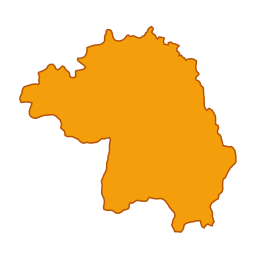 the district of Carrancas, Minas Gerais, Brazil, rotated 272°
{"feature_id": "56859067B6726149469872", "entity_name": "Carrancas", "entity_type": "district", "adm_level": 2, "iso_a3": "BRA", "parent_name": "Brazil", "parent_adm1": "Minas Gerais", "projection": "robinson", "projection_center": [-44.612, -21.476], "detail": "fine", "context": "isolated", "style": "filled", "palette": "amber", "viewbox_px": 256, "rotation_deg": 272, "n_neighbors": 0, "source": "geoboundaries", "source_scale": "gbopen_adm2", "svg_char_len": 4341}
<svg xmlns="http://www.w3.org/2000/svg" viewBox="0 0 256 256"><g transform="rotate(272 128 128)"><path d="M206.8,84.2L204.4,84.3L202.7,84.3L201.0,83.8L199.3,83.1L197.4,81.7L196.2,78.7L195.9,75.5L194.2,75.1L192.3,77.2L190.7,79.5L189.1,81.8L187.5,83.4L185.5,82.1L184.5,79.3L183.9,76.6L183.3,73.8L180.3,73.6L177.8,74.1L176.3,71.8L176.7,69.1L178.2,68.0L179.9,67.6L181.6,67.2L183.2,64.9L184.9,63.2L186.7,62.3L187.6,60.5L186.3,58.8L185.0,57.8L183.6,55.7L184.9,53.6L187.1,52.7L189.0,50.7L188.8,47.9L187.5,46.1L185.4,45.1L183.9,43.8L182.6,41.8L181.5,39.2L180.4,36.7L178.5,36.6L176.8,37.7L174.6,37.5L172.1,37.2L169.7,38.0L168.5,36.8L168.6,34.9L168.6,32.8L168.3,30.7L167.4,28.1L166.4,25.4L165.5,22.8L163.5,21.5L161.6,21.0L159.6,20.9L157.9,20.2L155.9,19.4L153.6,18.9L151.7,19.3L149.8,20.3L150.1,22.3L150.5,24.2L150.4,28.1L149.7,31.1L147.9,30.8L146.2,30.2L144.3,29.5L141.4,28.8L138.9,28.9L137.3,29.5L135.6,31.1L134.6,33.5L134.7,36.3L135.6,38.4L136.8,41.1L137.8,44.2L138.1,46.8L138.3,49.1L138.6,51.0L138.6,53.1L137.2,55.9L135.5,57.7L133.8,59.8L131.3,60.8L129.1,61.7L127.2,60.8L125.5,61.0L124.1,62.7L122.6,64.6L120.5,65.1L118.3,65.5L117.3,67.9L117.5,70.6L117.3,73.6L115.9,76.0L115.0,78.7L113.2,80.3L111.5,82.7L111.5,85.5L112.3,87.1L111.9,88.9L111.6,91.5L112.1,94.0L112.6,97.0L113.7,98.9L115.1,100.6L116.6,102.3L116.2,104.7L117.3,107.0L117.5,110.1L115.4,110.9L113.0,110.4L110.1,110.1L107.6,110.2L105.2,110.3L102.5,110.0L100.7,109.6L98.9,109.0L96.7,109.3L94.7,108.7L92.8,108.1L89.6,108.0L86.2,108.0L83.7,107.2L81.6,106.1L79.0,105.1L77.2,104.6L75.5,103.7L73.2,103.3L71.2,104.1L68.3,104.1L66.3,104.0L64.3,103.9L61.8,104.0L59.4,105.0L57.4,106.1L55.1,106.8L52.8,107.0L50.6,106.7L48.1,106.3L46.0,106.7L45.1,109.2L45.0,111.6L45.2,113.9L44.6,116.3L43.5,117.6L42.5,119.3L42.6,122.2L44.2,124.8L45.9,126.6L46.2,128.6L47.4,131.2L49.7,131.9L51.3,131.9L53.2,132.7L53.1,135.0L54.0,136.5L55.3,138.2L56.1,140.2L55.7,142.2L55.4,144.4L55.4,147.3L55.9,149.5L57.6,150.4L59.5,151.9L58.8,154.3L58.4,156.3L58.2,158.6L58.4,160.8L58.7,163.4L58.0,165.5L56.7,167.6L54.5,169.3L52.5,171.0L50.4,172.1L48.8,173.6L46.7,175.4L45.2,177.1L43.4,177.8L41.1,178.0L39.2,176.9L36.9,176.1L34.7,175.8L32.7,175.1L30.5,176.0L28.6,177.4L26.1,178.3L26.1,180.2L26.1,182.1L25.8,184.4L27.9,186.1L30.0,187.1L32.5,187.3L34.4,188.9L35.5,191.4L36.3,194.3L36.9,197.7L37.7,200.5L37.9,203.4L35.9,204.0L33.8,204.7L32.1,205.3L30.8,207.5L33.3,209.0L34.9,211.1L33.5,213.8L33.3,215.8L35.2,215.8L37.2,217.3L39.8,216.3L41.9,215.6L43.8,215.3L46.0,215.4L47.6,214.9L49.4,213.8L52.0,212.8L54.1,213.4L56.0,214.5L57.9,216.8L59.4,218.7L60.4,220.5L62.2,220.9L64.8,221.2L65.9,222.7L67.7,224.3L70.6,224.9L73.4,224.6L75.5,224.5L78.4,224.6L80.2,225.0L81.5,226.7L83.7,227.9L85.9,228.6L88.2,229.8L91.7,231.7L93.4,233.4L94.8,234.5L96.0,235.9L98.1,237.1L100.5,236.8L103.1,236.8L105.1,236.6L107.1,236.0L108.7,235.9L110.3,234.8L112.0,233.5L113.1,231.8L112.6,229.4L113.2,227.2L113.6,223.7L116.4,222.9L118.3,222.4L120.3,221.7L122.4,221.3L124.4,220.1L125.6,218.0L127.6,217.5L129.7,217.9L131.3,218.6L133.6,217.9L134.9,215.4L136.9,215.3L138.9,215.2L141.2,215.2L143.4,214.7L145.0,213.8L146.8,212.7L148.9,211.2L150.4,208.2L148.5,206.2L150.1,204.7L152.5,203.5L154.8,203.3L157.3,203.1L160.3,203.1L163.6,202.4L166.3,202.3L168.5,202.1L171.1,201.7L172.6,199.9L174.0,198.8L175.6,198.6L177.4,197.0L178.5,194.3L180.2,193.8L182.3,195.3L184.1,197.0L185.7,196.3L187.1,194.6L189.1,193.9L190.8,193.6L193.1,193.8L195.5,194.0L197.3,194.1L199.0,191.4L199.5,188.9L199.1,186.1L197.7,183.5L199.7,182.3L200.8,180.0L202.4,178.9L202.1,176.4L203.8,177.1L205.9,175.6L206.7,174.0L208.6,174.1L210.4,174.6L211.8,176.2L212.9,174.6L213.6,172.3L213.9,170.1L215.3,167.9L214.7,165.4L212.7,165.4L212.7,163.0L213.3,161.2L214.9,160.5L216.7,160.5L219.2,161.1L219.7,158.5L220.1,155.9L218.0,154.3L220.0,152.6L221.6,152.1L222.8,150.1L224.7,148.2L226.5,149.4L228.5,149.7L230.2,147.9L229.2,146.4L227.7,144.8L224.8,143.9L223.7,142.4L221.1,141.4L220.1,139.2L218.7,137.8L218.2,135.5L219.2,133.2L220.4,130.2L219.5,126.9L221.0,124.9L220.0,123.3L218.4,122.4L216.7,121.1L215.4,119.0L214.7,116.7L214.6,114.0L215.4,111.9L216.9,110.6L219.0,109.6L222.1,108.9L224.4,108.0L225.6,106.3L225.6,103.9L224.2,102.9L222.1,102.9L220.2,101.9L217.3,101.4L215.1,101.8L213.0,100.9L211.8,99.7L210.6,97.7L210.0,95.0L209.5,91.3L208.6,88.3L206.8,84.2Z" fill="#f59e0b" stroke="#b45309" stroke-width="1.5"/></g></svg>